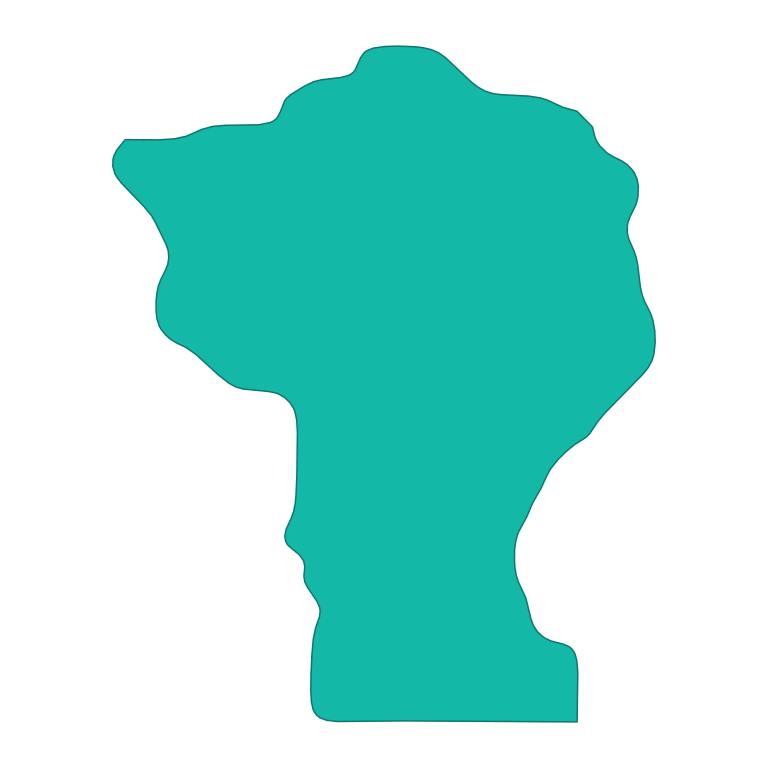 outline of Villa Tapia, Hermanas, Dominican Republic
{"feature_id": "3306468B10183104109049", "entity_name": "Villa Tapia", "entity_type": "district", "adm_level": 2, "iso_a3": "DOM", "parent_name": "Dominican Republic", "parent_adm1": "Hermanas", "projection": "albers", "projection_center": [-70.39, 19.285], "detail": "fine", "context": "isolated", "style": "filled", "palette": "teal", "viewbox_px": 768, "rotation_deg": 0, "n_neighbors": 0, "source": "geoboundaries", "source_scale": "gbopen_adm2", "svg_char_len": 2396}
<svg xmlns="http://www.w3.org/2000/svg" viewBox="0 0 768 768"><path d="M592.4,126.9L576.9,111.2L562.9,107.3L547.5,100.2L540.5,97.9L528.7,96.1L500.5,94.6L492.6,93.5L485.0,91.1L478.1,87.2L471.8,82.4L445.3,57.5L438.8,52.9L431.3,49.6L423.0,47.7L414.6,46.7L397.6,46.1L385.1,46.5L373.4,48.1L366.8,50.7L364.0,52.8L360.7,57.6L355.0,70.2L353.1,72.4L350.5,74.4L347.4,75.8L340.5,77.5L321.4,79.8L313.7,81.7L304.5,86.1L290.8,94.5L286.3,98.5L284.6,101.0L280.4,111.7L277.7,116.9L275.8,119.2L272.9,121.3L269.7,122.7L258.6,124.8L225.2,125.3L212.6,126.4L201.5,129.5L186.1,136.3L174.6,138.8L158.4,139.9L125.2,139.6L116.9,149.8L113.9,155.8L113.0,159.3L112.8,166.4L114.9,173.6L116.8,177.0L121.5,183.2L143.9,206.5L151.6,215.8L155.4,222.5L165.9,244.0L168.1,250.3L168.8,257.4L167.8,264.3L165.4,270.4L161.0,279.1L158.5,285.6L157.0,292.8L156.1,300.3L156.1,311.6L157.0,319.0L159.3,326.1L161.0,329.2L165.3,334.6L170.4,339.2L176.3,342.8L185.8,347.4L195.4,354.0L219.4,375.8L228.9,383.2L235.9,387.0L243.0,389.0L268.5,391.5L275.6,392.9L279.0,394.2L285.0,397.8L289.9,402.6L293.7,408.5L295.1,412.3L296.7,420.1L297.4,432.3L296.9,474.5L296.0,495.5L295.2,503.7L293.6,511.5L291.2,518.2L286.1,529.4L284.9,535.4L285.1,538.5L285.8,541.4L287.1,544.1L288.9,546.2L299.3,554.8L302.6,559.2L303.8,561.6L304.8,566.6L303.9,576.4L304.8,581.9L307.6,587.5L317.0,601.4L319.6,607.4L320.2,610.6L319.6,616.4L315.6,627.9L313.3,638.9L311.9,654.9L311.0,675.3L310.8,691.3L311.5,702.5L313.1,709.4L314.6,712.5L316.9,715.4L319.8,717.7L326.6,720.3L337.8,721.5L404.9,720.9L577.1,721.9L577.8,672.8L576.9,661.4L575.2,654.4L573.6,651.3L571.5,648.6L569.0,646.6L563.4,644.2L551.0,641.0L545.0,638.1L542.3,636.2L537.4,631.6L533.6,625.9L531.0,619.2L525.9,598.1L518.7,582.7L516.4,575.9L515.0,568.5L514.5,560.9L514.6,549.5L515.6,542.0L517.5,534.8L518.8,531.6L526.9,516.6L532.5,503.3L541.0,488.4L546.9,475.5L550.5,469.0L557.6,460.0L565.8,451.8L574.4,444.7L585.6,437.6L587.9,435.6L590.0,433.2L597.3,422.2L604.5,413.5L643.3,373.8L648.1,367.7L651.9,360.9L654.0,353.7L655.2,342.4L654.8,331.0L652.9,320.0L650.5,313.2L644.4,301.0L642.0,294.4L640.4,287.1L637.7,264.7L636.2,257.5L634.0,250.9L628.7,238.9L627.2,232.3L627.4,225.4L628.1,222.0L630.4,216.0L636.1,204.3L637.9,197.3L638.4,186.4L637.1,179.2L634.2,172.6L632.2,169.8L627.5,164.9L622.1,161.1L613.0,156.6L607.2,153.1L600.0,146.2L596.4,140.5L595.0,137.2L592.4,126.9Z" fill="#14b8a6" stroke="#0f766e" stroke-width="1.5"/></svg>